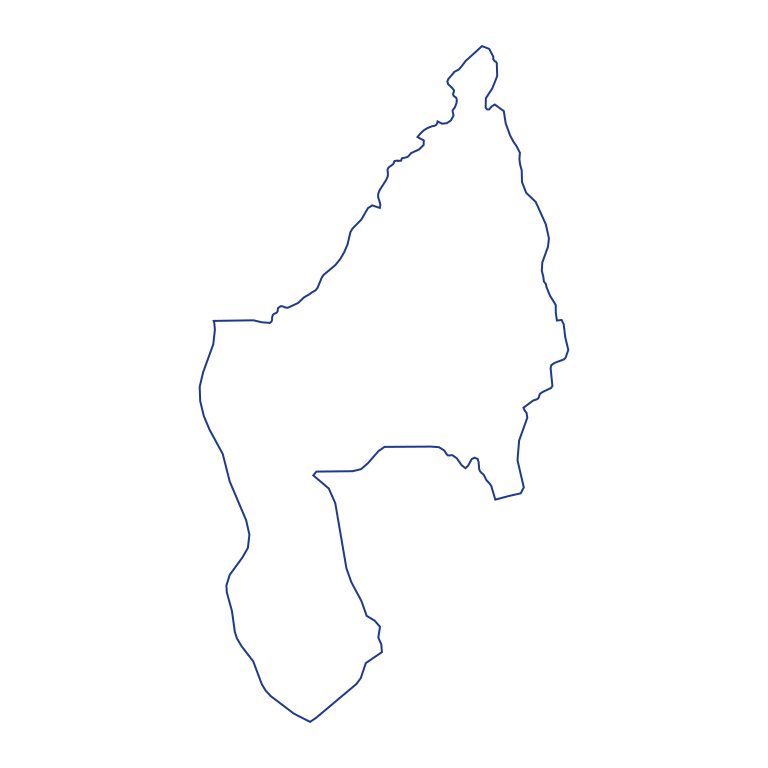 Kigoma, Albers equal-area conic projection
{"feature_id": "TZA-3363", "entity_name": "Kigoma", "entity_type": "Region", "adm_level": 1, "iso_a3": "TZA", "parent_name": "United Republic of Tanzania", "parent_adm1": "", "projection": "albers", "projection_center": [30.566, -4.821], "detail": "fine", "context": "isolated", "style": "outline", "palette": "blue", "viewbox_px": 768, "rotation_deg": 0, "n_neighbors": 0, "source": "natural_earth", "source_scale": "10m", "svg_char_len": 3089}
<svg xmlns="http://www.w3.org/2000/svg" viewBox="0 0 768 768"><path d="M203.5,414.7L200.2,401.1L199.7,386.8L203.1,372.4L213.3,344.2L214.9,329.8L214.3,323.1L213.7,320.9L253.5,320.3L261.9,322.3L268.8,322.8L269.6,323.1L271.5,321.6L272.1,319.7L272.1,317.5L272.8,315.0L273.8,314.0L276.7,312.7L277.6,311.2L278.0,308.4L278.3,307.8L281.0,306.1L282.8,306.4L284.7,307.3L287.5,307.8L289.0,307.2L298.1,303.0L304.1,297.3L310.0,293.9L311.7,292.5L315.5,290.4L317.6,287.7L321.9,277.3L323.7,274.8L335.3,265.1L340.4,258.8L344.4,251.9L344.8,250.8L347.5,244.5L350.4,232.2L352.4,228.7L361.4,219.5L367.9,208.2L372.2,205.4L379.8,207.9L380.4,204.9L379.8,202.3L378.9,199.6L378.1,196.8L378.3,193.6L379.5,190.4L386.5,179.4L387.8,176.2L387.9,173.1L387.5,169.7L388.4,167.6L393.1,164.2L393.6,163.5L394.2,161.5L394.6,161.0L397.5,160.6L397.8,160.6L397.9,160.9L401.1,160.7L401.3,160.3L401.6,158.8L401.9,158.4L406.4,157.3L407.6,156.9L408.9,155.7L411.1,153.1L419.1,149.4L423.6,145.0L423.8,140.5L418.7,137.7L417.5,137.0L420.6,133.3L423.8,130.3L427.6,128.0L432.2,126.2L434.3,125.9L436.0,125.0L437.1,123.5L437.6,121.4L442.1,123.7L446.8,123.2L450.9,120.4L453.5,115.8L453.4,114.8L452.7,111.8L452.6,110.5L455.0,107.1L456.5,103.0L456.8,100.9L456.6,98.7L455.9,97.5L453.7,95.9L453.1,94.6L453.2,93.6L454.0,91.3L454.0,90.4L452.3,88.1L448.1,84.1L447.3,81.6L448.4,78.9L453.7,72.8L454.2,71.9L458.7,69.6L462.1,65.7L465.3,61.3L482.0,46.1L489.2,48.9L493.2,56.5L493.3,59.2L494.6,61.2L496.0,61.8L496.8,63.1L497.2,76.0L492.4,88.2L485.9,98.2L485.6,107.6L487.1,109.4L489.2,109.4L491.6,106.5L494.8,104.5L503.8,111.1L505.7,123.4L510.0,135.2L513.1,141.1L516.8,146.6L517.0,147.0L519.9,152.8L519.4,159.1L520.1,164.5L521.7,170.4L522.0,182.1L526.2,192.8L535.7,201.9L545.9,224.5L548.9,238.4L548.0,246.7L542.3,262.5L541.8,270.9L543.2,276.1L543.9,281.5L545.9,284.1L546.5,287.1L550.1,295.9L555.7,304.9L555.8,312.8L556.9,320.5L561.6,320.0L563.7,324.2L565.2,337.0L568.3,349.9L565.6,357.7L564.1,359.3L554.6,362.9L551.4,365.1L550.6,368.1L552.4,386.0L551.0,388.0L543.2,391.7L540.2,393.6L539.5,394.7L538.8,397.4L538.1,398.5L536.9,399.3L533.0,400.6L524.5,407.0L523.5,407.6L524.6,410.4L526.6,413.1L527.3,417.7L519.1,440.6L517.5,460.3L523.8,487.4L520.7,493.3L508.5,496.1L495.3,499.6L491.2,485.8L489.6,483.5L486.7,480.5L486.0,479.4L483.9,475.1L482.7,473.8L481.3,472.7L480.1,471.3L479.2,469.3L478.6,462.0L477.6,458.9L474.6,457.7L471.7,459.1L468.0,465.9L465.4,468.2L461.8,465.4L456.8,458.3L452.6,455.3L451.4,455.2L448.9,455.5L447.8,455.3L446.7,454.3L444.4,450.6L439.0,447.2L431.2,446.6L384.5,446.9L378.6,451.0L367.7,463.4L361.0,469.2L352.6,471.2L316.4,471.6L313.3,475.4L328.8,488.5L335.3,503.3L346.4,568.2L351.3,582.1L361.5,601.2L366.7,615.9L374.6,620.6L380.0,626.8L378.3,637.5L381.3,644.4L381.9,652.1L365.8,663.1L360.8,678.1L356.4,684.0L316.1,717.8L310.1,721.9L293.8,713.6L271.0,696.3L265.7,690.7L261.8,684.2L253.2,661.3L241.7,646.4L236.9,638.4L234.8,631.7L232.0,611.3L226.8,592.3L226.4,585.5L229.8,574.7L242.4,557.5L247.9,547.9L249.4,534.7L246.2,520.4L229.7,481.4L222.7,453.9L209.5,429.6L203.7,415.7L203.5,414.7Z" fill="none" stroke="#1e3a8a" stroke-width="2"/></svg>